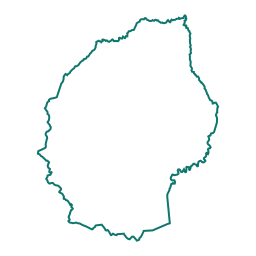 Krong Pa, Gia Lai, Vietnam (Robinson projection)
{"feature_id": "81297802B51008955299030", "entity_name": "Krong Pa", "entity_type": "district", "adm_level": 2, "iso_a3": "VNM", "parent_name": "Vietnam", "parent_adm1": "Gia Lai", "projection": "robinson", "projection_center": [108.704, 13.235], "detail": "fine", "context": "isolated", "style": "outline", "palette": "teal", "viewbox_px": 256, "rotation_deg": 0, "n_neighbors": 0, "source": "geoboundaries", "source_scale": "gbopen_adm2", "svg_char_len": 5731}
<svg xmlns="http://www.w3.org/2000/svg" viewBox="0 0 256 256"><path d="M37.9,153.7L39.6,154.3L40.9,156.0L42.4,156.8L45.9,160.2L46.1,160.6L47.4,160.7L49.1,162.3L49.0,162.7L48.4,163.4L48.2,164.5L47.7,165.4L48.0,167.1L48.3,167.7L49.9,168.9L49.3,171.5L49.4,172.2L50.5,172.7L50.9,172.6L51.4,172.2L51.6,172.3L50.5,174.7L47.6,175.5L47.4,177.0L46.3,178.5L46.3,179.1L47.2,180.0L47.9,182.1L49.0,183.3L49.5,183.6L51.7,183.0L52.7,182.9L54.5,184.7L55.5,185.2L57.8,185.6L58.8,186.2L60.8,188.3L61.1,188.9L60.9,189.8L59.4,191.5L59.2,192.0L59.3,192.3L61.8,193.5L62.6,194.2L63.9,196.6L64.0,197.1L63.6,198.0L63.9,198.9L65.5,199.3L66.0,200.2L67.3,200.5L68.0,201.1L68.7,202.3L69.4,203.0L70.1,204.8L70.3,204.9L70.6,204.2L71.1,204.1L71.9,205.0L71.3,206.9L72.7,208.4L72.8,208.8L71.7,209.9L70.9,210.3L70.6,211.6L70.1,212.7L69.9,214.0L68.6,217.0L69.7,219.7L69.4,220.1L68.5,220.8L68.4,221.1L69.4,222.4L73.2,223.2L76.3,222.6L77.8,223.3L79.5,223.4L82.5,225.0L86.7,226.7L92.0,229.4L92.5,229.3L93.7,227.8L95.0,226.9L95.4,225.9L96.0,225.4L101.8,224.7L104.9,228.7L105.6,230.3L106.5,230.5L107.5,230.0L107.9,230.2L109.0,231.7L110.7,234.8L111.1,235.2L111.4,235.1L112.9,233.7L114.7,234.7L116.6,235.1L117.0,234.4L117.3,234.2L123.9,233.7L124.4,234.9L125.3,235.9L126.1,237.2L127.3,238.3L128.4,239.0L129.6,239.3L132.1,236.7L133.2,236.7L133.5,236.7L135.7,239.1L136.8,240.6L138.5,240.1L139.1,239.7L139.3,239.1L139.4,238.2L140.7,237.1L141.6,235.6L143.8,230.9L152.6,230.4L167.5,224.0L169.8,223.3L167.6,200.3L167.3,197.3L167.3,194.4L169.4,190.2L169.6,188.6L170.3,187.6L171.3,184.0L171.5,183.9L171.9,184.0L172.9,183.0L173.9,183.7L174.7,183.6L175.0,182.3L174.9,181.3L174.3,180.3L172.2,180.4L171.0,179.5L170.7,178.2L171.0,177.1L171.9,175.6L172.0,175.0L172.9,174.5L173.8,175.1L174.9,175.1L177.2,174.6L178.4,173.8L178.5,173.2L177.7,170.3L178.2,169.5L179.0,169.3L179.6,169.5L180.2,170.1L180.7,171.6L181.4,171.9L182.1,172.0L182.5,171.7L184.0,169.2L184.4,170.0L184.8,171.7L185.3,172.1L185.9,172.1L186.2,171.5L186.5,168.8L186.3,167.3L186.6,166.9L189.3,167.2L189.4,167.8L189.0,169.1L189.4,169.9L189.7,170.0L190.2,169.2L190.9,166.4L191.5,165.7L192.2,165.5L193.4,163.8L194.1,163.7L195.3,164.5L196.2,164.6L197.1,166.2L197.6,166.3L197.8,166.2L198.0,165.8L198.0,164.0L198.4,162.2L199.0,161.4L200.4,160.7L201.3,161.1L201.9,161.9L203.3,162.5L204.1,162.1L205.3,161.1L205.3,160.5L204.0,159.2L203.9,158.2L204.5,157.5L205.5,156.9L206.1,156.0L206.3,155.2L206.1,153.6L206.6,152.8L207.1,152.7L207.7,154.0L208.0,154.1L208.5,152.6L208.4,150.9L208.0,149.7L208.0,149.2L208.6,148.5L210.1,148.2L210.6,147.4L210.3,146.4L209.1,145.0L208.0,144.2L207.7,143.5L207.5,142.5L207.8,141.7L208.6,140.8L209.2,139.7L209.0,138.0L208.3,136.4L209.0,135.9L210.3,135.6L210.6,135.2L210.6,134.3L211.2,133.3L212.6,133.2L214.0,132.2L216.8,122.9L217.0,120.6L217.1,119.1L216.8,117.2L215.9,115.3L216.6,113.1L217.3,112.3L217.1,111.8L217.4,107.8L218.1,106.9L217.3,105.1L215.9,102.7L214.6,102.7L213.0,103.6L212.7,103.6L212.3,101.3L211.3,100.4L210.2,100.2L208.8,97.5L207.9,94.9L207.0,93.9L206.7,92.4L205.9,90.7L205.8,90.0L204.5,88.4L204.7,87.0L204.2,85.9L202.8,83.9L201.8,83.1L201.6,82.4L201.0,82.4L200.7,81.8L199.1,80.1L199.1,78.3L198.0,76.5L196.7,76.6L195.8,75.0L195.3,74.9L194.8,73.9L193.9,73.4L193.9,72.0L192.0,71.7L191.5,70.3L192.0,68.9L191.7,67.9L190.4,65.7L190.7,61.9L190.6,61.3L189.9,59.7L189.9,55.7L189.6,54.5L191.0,53.2L190.7,52.1L190.7,49.9L191.0,49.2L190.6,47.9L190.0,46.9L190.6,45.9L190.7,45.2L190.1,43.5L189.9,40.5L189.8,39.9L190.3,38.8L189.7,35.8L189.8,35.0L190.3,34.0L190.4,33.3L189.6,32.4L189.5,31.3L188.5,30.6L187.8,28.1L186.3,27.9L186.4,27.0L185.9,26.6L186.3,25.7L186.2,25.5L183.9,25.2L183.6,24.9L184.7,22.8L184.6,20.7L185.5,20.6L186.1,19.6L185.6,18.9L185.7,18.7L186.2,18.3L185.9,17.9L185.9,16.5L185.6,16.0L185.0,15.4L184.8,15.4L183.8,16.8L183.4,18.0L180.2,18.5L179.7,19.0L179.2,18.9L179.1,18.0L178.9,17.9L178.7,18.6L176.7,18.8L175.2,19.8L173.6,19.9L172.7,20.3L171.6,19.6L170.7,20.9L170.4,22.1L170.1,22.3L169.5,22.0L168.0,20.1L167.2,20.9L166.2,22.5L164.4,23.2L162.7,22.9L162.2,22.5L161.0,22.8L158.5,21.2L158.1,20.4L157.4,20.2L156.6,20.5L155.8,19.8L155.2,19.8L154.1,20.8L153.2,20.5L152.5,20.1L152.0,20.6L150.4,21.1L149.7,21.0L149.0,20.7L148.5,20.3L147.1,19.8L146.6,19.4L146.2,18.6L145.5,18.1L145.0,18.1L144.7,18.2L144.0,19.3L141.8,19.2L140.7,19.5L140.0,20.4L139.7,21.6L138.2,22.2L136.7,23.3L136.1,25.1L133.8,29.9L131.9,30.1L131.1,30.7L130.4,31.1L128.7,31.3L128.1,32.6L127.2,33.3L127.4,34.3L127.3,36.3L125.9,36.2L125.1,38.1L124.8,38.1L123.1,36.6L122.9,37.2L122.5,37.5L122.3,38.5L121.0,38.5L119.9,37.8L119.2,37.8L118.9,38.1L119.1,38.7L119.0,39.6L118.6,40.7L118.0,41.2L116.9,41.0L116.2,41.2L115.6,40.9L113.9,41.2L113.6,41.0L113.3,40.1L112.4,39.4L111.9,39.7L111.1,40.6L109.2,41.8L108.0,41.5L106.9,40.4L105.6,40.9L105.0,40.2L103.1,39.5L102.4,39.7L102.6,41.1L101.8,41.4L101.2,42.2L100.3,41.3L99.4,41.3L98.8,40.7L96.3,41.9L96.2,42.3L96.5,43.5L95.6,46.2L95.6,47.4L94.6,49.4L94.2,49.9L92.3,50.9L91.1,52.7L90.0,53.6L89.0,55.5L88.2,56.5L87.1,56.6L86.1,58.5L85.8,58.7L84.4,58.9L83.7,59.2L83.4,60.3L82.5,60.5L80.1,62.6L79.3,63.9L78.8,64.3L78.5,65.1L76.6,66.2L75.5,66.2L75.0,66.5L74.3,68.0L72.2,69.7L70.4,71.6L69.8,72.9L67.9,74.2L67.2,75.1L66.7,74.5L66.2,74.5L65.5,74.0L64.2,75.7L63.6,76.9L63.7,78.4L63.2,80.6L62.8,81.7L61.3,83.6L56.8,97.2L54.2,98.0L50.2,98.8L49.0,99.8L48.9,100.3L49.1,101.1L47.9,101.8L47.3,102.5L46.0,106.8L44.9,108.2L46.3,110.4L47.4,111.7L47.6,113.2L47.5,113.9L48.7,114.9L49.0,115.4L49.3,117.6L49.0,119.4L48.6,120.8L47.6,122.0L48.1,123.0L49.7,124.9L50.0,126.1L50.8,127.1L50.5,128.9L50.2,129.5L48.7,130.7L48.5,131.2L46.8,131.7L45.8,133.2L45.7,134.7L45.9,135.3L46.9,136.5L47.2,138.5L46.8,139.1L45.6,144.5L45.9,145.6L45.6,147.6L42.8,149.1L38.3,151.1L37.9,153.7Z" fill="none" stroke="#0f766e" stroke-width="2"/></svg>